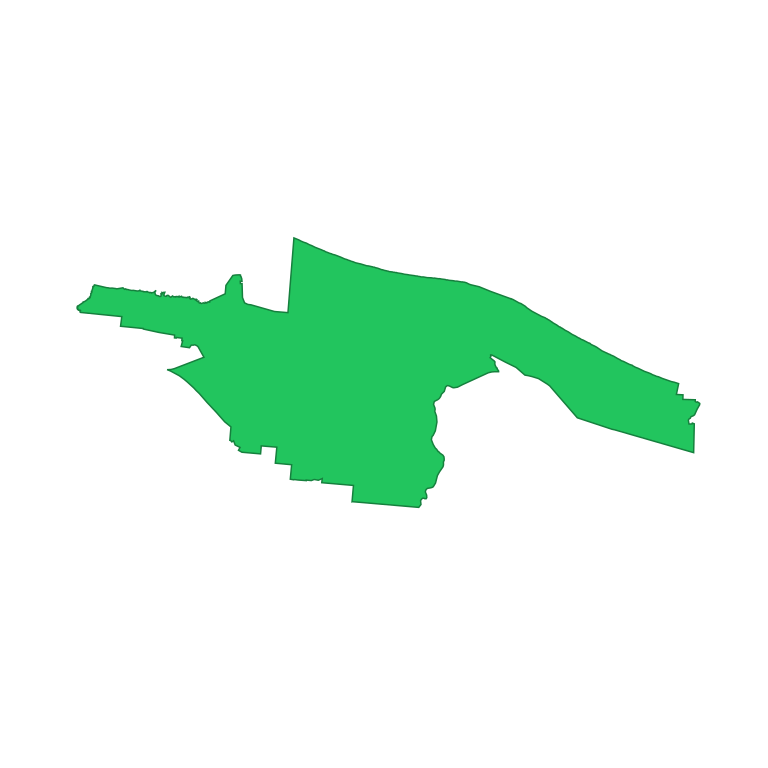 outline of Nīcas pag., Nicas, Latvia, rotated 108°
{"feature_id": "27541924B8450529664693", "entity_name": "Nīcas pag.", "entity_type": "district", "adm_level": 2, "iso_a3": "LVA", "parent_name": "Latvia", "parent_adm1": "Nicas", "projection": "mercator", "projection_center": [21.017, 56.321], "detail": "fine", "context": "isolated", "style": "filled", "palette": "green", "viewbox_px": 768, "rotation_deg": 108, "n_neighbors": 0, "source": "geoboundaries", "source_scale": "gbopen_adm2", "svg_char_len": 6123}
<svg xmlns="http://www.w3.org/2000/svg" viewBox="0 0 768 768"><g transform="rotate(108 384 384)"><path d="M490.6,312.8L487.2,311.6L483.6,313.2L481.7,312.6L480.7,311.9L480.5,311.5L480.3,310.7L480.5,310.0L480.1,308.5L478.9,308.2L476.5,309.1L474.3,311.0L473.6,311.4L471.4,311.4L469.8,310.4L468.3,307.5L467.5,306.3L466.5,305.4L462.3,304.4L454.6,304.9L450.5,304.1L444.5,302.3L442.6,302.4L439.7,303.4L438.0,303.2L436.7,303.6L434.7,304.5L433.5,306.0L432.4,309.5L431.4,311.2L431.5,311.7L429.8,313.8L429.1,315.4L426.3,318.5L422.4,321.7L419.2,322.1L417.7,321.4L412.7,320.7L403.8,321.9L398.3,324.2L394.4,327.2L392.2,327.6L391.0,328.2L388.2,330.5L385.6,330.8L384.4,330.2L382.5,328.2L380.8,327.0L378.4,326.3L375.9,326.2L372.4,324.4L367.7,324.5L366.0,323.4L365.7,322.0L365.7,321.0L366.2,317.6L366.0,316.4L364.3,313.1L360.2,309.0L341.1,288.3L339.2,285.2L338.3,283.0L336.9,278.8L336.2,279.0L334.8,280.9L333.9,281.3L333.9,282.0L331.9,284.0L330.7,284.8L328.7,285.3L328.0,286.3L326.2,291.2L324.7,290.9L323.5,291.6L323.2,291.4L323.2,289.8L323.7,286.8L325.7,275.3L327.4,263.5L332.0,252.7L331.5,249.4L331.2,245.5L331.1,238.7L333.7,228.4L334.6,225.8L356.4,189.7L356.6,153.2L356.3,150.5L353.6,68.3L326.0,76.6L325.9,78.6L326.5,78.5L327.1,79.5L327.8,81.6L324.3,83.4L323.2,83.2L321.8,82.1L320.9,82.1L320.1,81.8L318.6,80.0L317.3,79.1L311.1,78.4L306.2,77.4L304.9,77.7L304.1,80.3L304.7,81.1L304.5,82.3L304.4,82.6L302.8,83.1L303.1,84.1L306.3,95.0L301.9,96.3L303.6,102.7L292.6,103.9L292.6,108.4L292.9,111.4L292.7,120.9L292.3,125.2L292.5,127.3L292.3,128.9L292.2,131.5L291.8,133.3L291.6,135.9L291.5,140.2L290.5,147.4L290.4,149.9L289.8,153.1L289.5,153.5L289.5,156.7L288.5,163.4L288.5,165.5L288.0,167.0L287.6,169.7L286.6,174.1L286.3,177.5L286.0,178.4L286.1,179.2L285.1,187.0L283.2,193.4L283.1,194.5L282.8,195.3L282.8,196.6L282.5,197.8L282.6,198.2L282.3,199.5L281.7,200.7L281.6,201.3L281.8,201.7L280.7,208.1L280.6,210.2L280.0,212.4L280.1,213.0L279.2,216.8L278.7,220.4L277.5,224.7L276.9,228.4L275.9,231.8L276.0,232.2L275.4,234.0L275.5,234.9L274.5,237.9L273.7,241.8L272.2,246.7L272.0,248.1L271.6,249.3L271.7,249.6L271.2,251.3L271.0,255.0L269.1,265.8L267.4,271.6L266.4,273.7L265.1,278.9L265.2,279.2L265.1,280.9L263.8,287.3L263.6,289.5L263.9,289.5L263.7,290.9L263.0,311.2L262.1,323.6L262.8,332.3L262.7,334.4L262.3,336.6L262.3,338.8L262.5,339.4L262.6,340.8L262.9,341.3L263.6,346.4L264.1,347.9L264.4,350.3L265.3,354.3L265.4,355.9L265.7,356.4L265.7,358.1L266.4,361.7L266.6,363.5L267.1,365.0L267.7,368.9L268.0,369.3L268.4,371.9L269.5,375.8L270.0,379.6L270.7,381.8L270.7,383.0L271.1,384.9L271.0,385.5L271.5,387.5L271.5,388.3L272.5,393.7L272.7,395.5L273.3,398.5L273.5,401.3L274.2,405.5L274.2,406.8L274.4,407.0L274.6,409.0L274.9,409.6L274.8,410.4L275.5,413.9L275.4,415.1L275.6,416.1L275.6,417.0L275.8,418.6L275.8,420.6L276.0,421.7L275.8,425.7L276.0,427.9L275.9,429.4L276.2,430.4L276.1,431.0L276.5,435.2L276.9,437.0L277.0,443.0L277.5,448.5L277.3,451.2L277.4,453.7L277.2,454.7L277.3,455.9L277.1,457.9L277.2,460.0L276.7,464.5L276.4,470.5L276.6,473.0L276.4,474.1L276.5,476.1L276.3,478.7L276.3,480.5L275.9,481.7L275.9,483.2L275.7,484.8L275.3,491.6L274.7,495.6L274.6,498.0L274.0,501.3L274.0,504.2L273.7,507.4L273.3,509.3L272.9,514.8L345.8,497.4L348.9,510.5L349.8,535.0L350.4,538.1L349.9,541.7L345.5,545.3L332.4,550.0L332.9,551.6L330.7,552.5L330.2,550.8L327.9,551.8L325.9,553.3L325.9,553.7L324.7,554.2L324.9,555.4L326.3,559.1L327.5,561.3L339.0,564.8L347.3,562.9L358.8,575.3L359.9,575.1L360.1,575.7L360.1,576.5L361.1,577.6L361.7,577.6L361.6,579.3L362.4,579.2L362.6,579.5L362.8,579.9L362.6,580.8L363.9,582.6L363.9,583.4L363.6,583.7L364.0,584.2L363.9,585.0L362.4,585.9L363.2,586.7L362.7,587.9L361.6,587.9L361.4,588.6L361.4,589.0L362.3,589.3L361.7,591.2L361.6,592.3L362.2,592.8L363.1,594.4L362.5,595.4L361.8,595.1L361.2,595.6L361.1,596.0L362.4,597.4L362.2,597.8L363.0,598.6L363.1,600.2L363.6,601.1L363.4,601.7L363.7,602.1L363.8,602.7L363.1,603.6L364.6,605.6L364.5,606.0L364.0,606.2L364.8,606.7L364.7,608.0L365.1,608.2L365.4,609.4L365.8,609.5L365.7,610.0L366.1,610.9L365.6,612.3L367.4,613.6L367.3,614.3L366.4,616.5L366.6,617.3L367.0,617.9L367.8,618.1L368.1,618.6L368.0,620.5L367.6,620.9L364.5,620.8L365.0,622.0L365.5,622.5L365.6,623.5L366.6,622.9L367.0,623.0L367.1,624.0L369.2,623.2L370.0,623.9L370.1,624.6L370.1,625.0L369.8,625.4L370.1,628.0L369.4,629.2L367.6,630.3L365.4,629.7L368.2,631.5L369.0,633.1L369.3,633.3L369.0,634.1L369.6,635.0L369.4,635.5L369.5,636.1L369.5,637.1L369.3,637.5L369.5,637.8L369.3,638.1L369.8,638.5L370.6,641.4L370.3,641.7L370.6,643.0L370.7,644.9L370.3,645.2L371.1,645.8L371.8,647.4L372.4,651.4L373.0,652.8L373.3,655.4L373.3,656.8L373.7,658.1L373.3,659.0L374.1,659.9L373.2,662.0L376.1,667.6L376.1,668.5L376.8,672.2L377.6,674.4L377.7,675.7L378.1,677.6L379.1,688.9L379.1,689.8L379.5,690.2L380.9,690.2L381.2,690.9L381.7,691.0L382.2,690.6L386.3,690.6L386.7,690.2L387.3,690.4L387.2,690.6L387.9,690.4L388.8,690.8L389.8,690.3L392.0,690.4L392.2,690.7L392.7,690.2L393.5,690.8L393.5,691.1L394.2,691.1L394.3,691.3L394.3,691.9L395.0,692.0L397.3,693.5L398.6,694.8L398.9,695.4L399.3,695.2L403.3,698.3L404.9,699.2L404.7,699.6L405.1,699.7L405.8,699.1L406.2,699.5L406.7,699.4L406.9,698.8L407.8,698.5L407.9,698.0L407.6,697.8L408.2,697.3L408.1,696.6L407.7,696.1L407.8,695.6L408.3,695.9L408.5,695.5L409.4,695.4L409.7,694.7L400.9,654.2L410.5,652.4L405.6,630.1L406.1,629.9L404.5,613.9L402.2,598.3L404.9,597.5L404.5,595.8L403.9,595.8L402.8,590.2L405.2,589.7L405.6,589.2L405.4,588.8L411.0,588.5L409.6,580.2L406.6,579.3L405.9,577.2L405.2,576.2L405.2,575.2L405.5,573.6L405.9,572.5L414.2,563.5L434.3,588.3L436.0,591.0L437.4,594.7L437.6,591.1L439.4,581.2L441.2,575.8L442.9,571.6L446.5,563.7L448.2,560.7L450.2,556.6L456.2,546.6L462.7,534.8L469.2,523.8L472.1,516.3L485.2,513.2L485.1,512.5L486.1,510.8L484.5,509.5L488.0,506.7L488.8,501.3L492.0,501.9L492.8,498.0L488.6,479.8L480.8,481.6L477.2,466.4L492.9,462.9L489.3,446.9L503.5,443.7L503.0,440.2L502.5,439.5L501.9,436.2L499.9,428.1L499.4,428.3L498.3,423.3L496.6,421.2L496.3,420.5L495.8,416.7L493.0,413.5L497.1,412.7L489.9,381.7L505.9,378.0L505.7,377.7L503.7,369.2L490.6,312.8Z" fill="#22c55e" stroke="#15803d" stroke-width="1.5"/></g></svg>